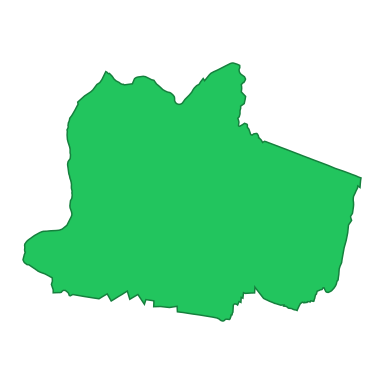 outline of Tenampulco, Puebla, Mexico
{"feature_id": "50627088B49720713331936", "entity_name": "Tenampulco", "entity_type": "district", "adm_level": 2, "iso_a3": "MEX", "parent_name": "Mexico", "parent_adm1": "Puebla", "projection": "natural_earth1", "projection_center": [-97.395, 20.195], "detail": "fine", "context": "isolated", "style": "filled", "palette": "green", "viewbox_px": 384, "rotation_deg": 0, "n_neighbors": 0, "source": "geoboundaries", "source_scale": "gbopen_adm2", "svg_char_len": 5827}
<svg xmlns="http://www.w3.org/2000/svg" viewBox="0 0 384 384"><path d="M70.3,295.8L72.8,294.5L84.2,296.5L84.3,296.5L93.1,297.9L97.2,298.5L99.0,298.8L103.2,296.2L107.2,293.9L111.2,301.0L115.0,298.7L118.8,296.3L122.4,294.2L122.7,294.0L123.0,293.8L123.1,293.7L127.3,291.1L129.8,299.3L132.1,297.9L133.8,296.9L137.9,294.5L144.4,304.3L145.9,299.6L153.8,300.8L153.9,302.4L153.7,306.7L160.5,306.5L169.5,307.5L177.1,306.3L177.4,311.8L183.2,312.5L186.9,313.1L192.6,314.0L194.9,314.3L198.5,314.8L199.8,315.0L212.6,317.1L217.0,318.0L218.2,318.6L218.7,318.7L220.0,319.8L221.2,320.6L222.6,321.0L223.6,320.9L224.4,320.4L224.8,319.9L225.3,319.5L226.1,319.2L227.0,319.2L228.0,319.3L229.4,319.5L230.1,318.8L230.3,317.9L230.8,316.8L231.1,315.6L231.1,315.0L232.0,314.9L232.1,314.5L232.4,313.0L232.9,312.2L233.3,305.1L234.3,304.0L234.5,303.9L234.9,303.9L236.3,304.2L236.8,304.4L237.6,305.0L239.1,301.5L240.9,302.4L241.2,297.4L242.9,298.2L243.5,292.7L243.7,292.8L245.2,293.4L251.1,293.0L254.6,292.9L254.9,287.1L256.0,288.6L263.6,298.4L265.6,299.4L268.0,300.5L269.4,301.2L272.5,302.4L273.2,302.7L273.6,302.9L274.7,303.4L275.4,303.5L278.0,304.3L280.5,305.1L280.9,305.2L282.9,305.0L283.4,305.0L284.0,305.0L283.6,306.1L285.5,306.3L286.5,306.5L288.1,307.9L288.7,308.2L290.5,308.4L291.7,308.6L293.2,309.4L294.5,309.8L296.0,310.0L297.1,310.5L297.7,309.0L299.1,306.0L300.3,303.7L302.3,302.2L302.7,302.2L303.1,302.5L303.4,302.7L303.7,302.8L304.0,302.8L304.2,302.6L304.4,302.3L305.0,302.7L305.5,302.5L306.0,302.6L306.5,302.3L307.1,302.4L307.6,301.6L308.9,301.7L309.4,301.7L310.1,302.0L310.8,300.8L311.3,300.9L311.7,301.0L312.1,301.2L312.5,301.2L312.8,301.2L313.2,301.0L313.3,301.1L313.5,301.3L313.8,301.1L314.0,301.0L314.1,300.0L314.8,298.1L315.1,296.4L315.7,294.5L316.1,294.3L316.4,294.1L317.1,291.3L318.4,290.7L319.5,290.3L320.0,290.0L320.7,289.7L321.8,289.6L322.1,289.4L322.4,289.0L322.6,288.6L322.8,288.2L323.1,287.9L323.4,287.8L323.7,287.8L324.0,287.8L324.1,288.0L324.4,288.6L324.7,289.3L325.4,290.7L325.8,291.5L326.1,291.8L326.6,292.1L327.1,292.3L328.3,292.4L328.7,292.3L329.3,291.9L330.7,291.3L331.7,290.6L334.0,288.1L335.6,285.7L336.4,283.8L336.4,283.7L336.6,282.8L336.7,282.2L336.9,281.7L337.1,281.1L337.3,280.7L337.7,280.6L337.9,280.2L338.1,279.6L338.2,279.1L338.2,278.4L338.3,277.9L338.4,277.1L338.8,274.5L339.2,269.0L340.0,266.3L341.6,262.7L342.0,259.8L342.3,258.0L344.1,247.9L346.2,240.4L347.7,232.8L348.3,226.9L348.5,225.0L351.6,220.4L350.7,217.7L350.7,217.4L350.7,217.0L350.6,216.7L350.6,216.3L350.7,215.9L350.9,215.7L351.2,215.3L351.9,214.3L352.5,213.2L353.4,207.0L353.6,204.7L353.5,202.3L353.2,200.2L353.3,197.8L353.6,196.2L355.2,192.9L356.0,191.0L356.3,190.4L356.7,189.6L357.4,188.4L357.8,185.9L360.0,187.5L360.3,183.5L360.6,180.4L361.0,177.9L358.6,177.1L355.8,175.8L351.9,174.4L349.7,173.5L343.2,171.1L335.2,168.4L328.1,165.4L318.3,161.7L317.8,161.5L316.7,161.1L314.0,160.1L311.4,159.1L303.0,155.9L290.1,150.9L265.9,141.7L264.8,141.4L264.6,141.3L263.9,141.7L263.2,142.1L262.6,142.5L262.0,141.3L261.1,139.9L260.1,138.9L259.2,137.9L258.6,137.8L258.6,136.8L258.5,136.2L258.3,135.7L258.1,135.2L257.9,134.9L257.6,134.6L257.5,134.2L257.2,133.9L256.8,133.5L256.0,133.5L255.4,133.6L253.7,133.9L252.9,134.5L252.4,134.9L252.0,135.1L251.3,134.8L250.8,134.5L250.7,134.5L248.9,129.2L248.2,128.2L247.5,127.6L247.3,126.0L247.4,125.0L246.9,124.2L244.5,123.3L243.1,124.3L239.7,126.3L239.1,126.2L238.6,125.8L238.5,125.4L238.9,122.4L238.9,122.0L238.5,120.3L237.8,118.3L239.2,116.8L240.0,113.9L240.0,112.7L240.0,110.7L240.7,108.2L240.6,106.2L244.2,103.6L245.2,99.1L245.6,96.4L241.3,91.9L241.7,88.6L241.6,86.6L241.3,84.6L243.3,82.5L243.8,82.5L244.7,81.1L245.4,79.6L245.5,79.0L244.5,76.8L241.5,74.6L240.7,74.0L239.9,72.9L239.4,72.0L239.0,69.7L239.7,67.9L239.8,67.4L239.7,65.4L237.6,64.4L235.6,63.7L233.6,63.1L233.0,63.0L232.2,63.0L230.4,63.5L225.8,65.8L218.6,69.5L216.3,70.6L213.8,71.7L210.9,73.3L209.4,74.8L204.6,80.7L203.2,78.5L200.7,81.7L199.1,84.3L196.6,85.7L194.3,88.0L193.1,89.7L191.8,92.1L189.2,95.2L185.0,99.4L182.3,103.2L180.5,104.2L178.8,104.4L177.1,103.9L175.9,103.0L175.1,101.8L174.6,100.6L174.6,98.6L174.4,97.0L173.4,95.4L171.4,93.5L169.8,92.5L167.6,92.1L165.4,91.1L162.9,89.7L160.4,87.3L158.6,85.7L156.5,84.0L153.9,80.3L151.5,79.7L149.2,78.5L145.5,76.7L143.2,76.3L139.7,76.8L138.0,77.0L136.3,77.5L135.2,78.2L134.6,78.6L134.0,79.9L132.4,83.8L124.2,84.9L123.5,84.3L122.7,84.4L121.1,83.9L119.9,83.1L119.2,82.5L116.1,80.9L114.0,79.0L112.2,76.3L110.3,74.3L109.3,73.4L108.6,73.7L107.9,73.3L106.9,72.2L106.4,72.0L105.8,71.6L101.9,79.6L99.8,82.6L96.9,84.5L92.8,90.0L90.7,91.9L84.6,95.9L77.7,102.1L78.1,104.3L76.9,106.4L75.2,109.7L73.2,113.2L71.7,115.7L69.7,118.3L69.7,118.8L69.4,120.2L69.0,121.6L68.4,122.7L68.0,125.6L68.3,127.0L67.7,128.5L67.0,129.9L67.3,131.1L67.1,135.0L67.4,139.4L68.1,142.2L69.6,146.8L70.1,149.1L70.1,151.5L70.1,152.9L70.5,154.7L70.4,156.6L70.2,158.6L69.0,160.3L68.1,161.6L67.7,163.5L67.6,164.8L68.1,168.3L68.7,172.9L69.0,174.4L69.4,175.4L70.0,178.3L70.7,180.3L71.2,182.4L71.5,184.6L71.4,185.9L71.4,188.1L71.5,188.6L72.1,191.1L71.9,193.0L72.2,195.0L71.8,198.4L70.5,200.6L69.9,205.8L70.1,207.8L71.5,211.8L71.9,213.8L71.8,215.2L71.2,216.8L66.9,225.3L62.2,229.1L59.3,230.2L56.4,230.5L50.4,230.8L46.6,231.2L43.6,231.3L42.2,231.6L40.0,232.5L38.3,233.4L34.5,235.5L29.6,239.0L28.1,240.1L26.7,241.4L24.8,244.1L24.6,245.5L24.8,246.8L24.8,247.9L24.6,249.6L24.7,250.8L25.0,252.1L25.3,252.2L24.2,254.9L23.9,256.3L23.7,256.9L23.5,257.7L23.0,259.8L23.3,260.5L24.0,262.0L24.6,262.8L25.7,263.6L27.0,264.6L28.9,264.8L34.5,268.6L34.9,268.8L35.6,269.4L37.0,270.3L37.8,271.0L39.4,271.8L40.8,272.4L45.0,273.9L52.2,277.8L52.4,281.2L51.4,284.4L53.2,289.8L53.2,292.8L55.3,292.7L58.1,292.6L59.9,292.6L61.3,292.3L61.8,291.6L62.4,291.0L63.2,290.4L65.3,290.4L68.1,292.6L68.8,294.0L69.3,295.5L70.3,295.8Z" fill="#22c55e" stroke="#15803d" stroke-width="1.5"/></svg>